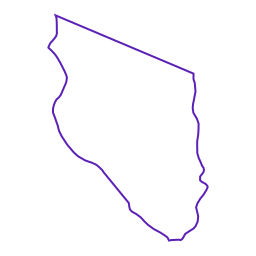 Warwick/Daban, Choiseul, Saint Lucia (orthographic projection)
{"feature_id": "8701671B22929774804888", "entity_name": "Warwick/Daban", "entity_type": "district", "adm_level": 2, "iso_a3": "LCA", "parent_name": "Saint Lucia", "parent_adm1": "Choiseul", "projection": "orthographic", "projection_center": [-61.001, 13.811], "detail": "fine", "context": "isolated", "style": "outline", "palette": "violet", "viewbox_px": 256, "rotation_deg": 0, "n_neighbors": 0, "source": "geoboundaries", "source_scale": "gbopen_adm2", "svg_char_len": 1501}
<svg xmlns="http://www.w3.org/2000/svg" viewBox="0 0 256 256"><path d="M55.6,15.4L56.2,17.0L56.6,19.1L56.8,25.0L56.8,28.1L56.9,33.6L56.0,36.4L52.6,40.7L50.5,42.9L48.7,46.4L48.4,47.7L50.8,49.9L53.8,53.0L55.7,55.3L57.4,57.8L58.1,59.0L60.5,63.2L62.8,67.7L64.5,71.1L66.1,74.7L66.9,77.5L66.5,80.8L65.9,83.1L62.9,90.0L60.9,94.7L58.9,97.4L56.5,99.5L55.4,101.5L55.1,102.0L53.9,104.9L53.0,108.8L53.0,112.2L53.4,113.7L55.1,118.0L56.8,123.1L57.5,124.8L58.7,129.5L59.3,131.4L61.4,135.7L62.3,137.2L67.1,144.5L68.0,145.6L71.4,149.6L73.6,152.2L76.6,155.0L78.0,156.2L80.3,157.6L85.0,160.3L88.8,161.7L90.9,162.3L95.4,164.3L97.0,165.3L97.6,165.8L98.9,166.9L101.4,169.3L102.3,170.2L103.5,172.1L128.8,203.0L129.3,206.8L130.0,209.5L132.1,211.7L136.5,214.2L140.8,217.4L144.6,221.6L148.2,225.0L154.0,229.2L159.7,232.2L164.5,235.2L167.4,237.4L169.1,240.6L171.7,240.0L172.9,240.0L178.8,239.7L180.6,240.1L182.2,239.0L182.9,238.1L185.2,233.9L189.0,231.4L193.7,228.4L195.5,226.3L197.6,221.8L198.2,216.3L197.7,214.1L196.4,208.6L196.1,207.4L197.4,203.4L200.4,198.5L203.5,194.7L206.4,190.0L207.6,187.3L207.5,186.2L206.4,184.7L205.1,183.6L202.0,182.0L200.1,180.3L200.1,176.6L200.9,175.5L203.2,172.6L204.0,170.4L203.6,167.9L202.1,165.9L200.7,162.3L198.8,158.2L197.3,153.2L197.2,147.3L197.2,141.1L198.2,134.8L198.5,129.3L198.6,123.6L196.9,118.7L193.4,112.8L192.7,108.1L193.0,104.3L193.9,100.0L194.8,95.2L195.5,91.8L195.2,87.9L194.7,82.7L193.5,79.3L193.5,76.4L193.5,73.6L55.6,15.4Z" fill="none" stroke="#5b21b6" stroke-width="2"/></svg>